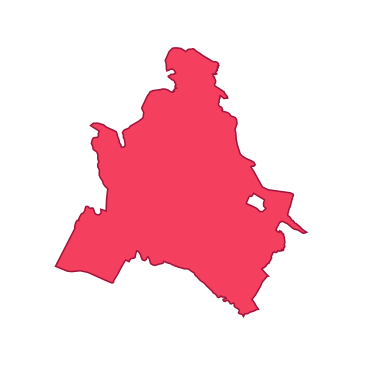 outline of Kailo, Maniema, Democratic Republic of the Congo, rotated 297°
{"feature_id": "63176286B17504702690240", "entity_name": "Kailo", "entity_type": "district", "adm_level": 2, "iso_a3": "COD", "parent_name": "Democratic Republic of the Congo", "parent_adm1": "Maniema", "projection": "equal_earth", "projection_center": [25.788, -2.56], "detail": "fine", "context": "isolated", "style": "filled", "palette": "rose", "viewbox_px": 384, "rotation_deg": 297, "n_neighbors": 0, "source": "geoboundaries", "source_scale": "gbopen_adm2", "svg_char_len": 6109}
<svg xmlns="http://www.w3.org/2000/svg" viewBox="0 0 384 384"><g transform="rotate(297 192 192)"><path d="M319.3,132.1L320.2,129.3L320.2,128.6L320.1,127.8L319.1,126.7L317.8,124.4L316.9,123.6L314.4,122.7L314.9,117.0L313.5,113.1L312.5,111.1L311.3,109.4L306.8,107.9L297.1,108.4L294.8,110.6L289.8,113.5L288.5,114.7L291.1,116.8L292.1,117.8L292.5,118.5L292.4,120.7L291.0,123.2L290.3,123.4L289.7,122.6L288.6,122.3L287.3,119.9L286.9,119.6L286.0,119.5L284.5,118.3L284.0,118.4L283.7,119.2L283.4,121.5L282.9,123.1L283.2,124.6L283.1,125.1L282.6,126.1L281.7,127.0L281.5,127.8L280.9,128.1L279.6,129.3L278.6,128.8L278.2,128.9L277.7,129.3L277.5,130.9L276.8,130.3L276.2,130.2L275.7,129.6L274.1,130.0L274.0,129.4L273.7,129.4L273.4,130.2L272.8,129.4L272.2,129.6L271.8,129.2L271.7,127.0L272.0,124.1L271.5,121.2L270.0,118.4L269.2,117.8L264.4,110.9L261.9,109.1L259.6,109.1L258.2,108.7L256.1,108.6L244.6,109.0L243.4,109.5L241.0,112.8L236.2,114.6L234.9,114.3L230.6,112.2L222.7,107.1L220.3,106.7L218.1,104.9L217.0,103.7L213.5,103.0L211.4,105.1L209.5,106.0L209.1,106.3L208.7,107.4L204.4,110.7L202.4,111.3L201.4,110.9L200.3,109.7L200.2,108.1L201.0,107.8L201.9,107.1L202.3,106.2L203.1,104.9L205.4,103.2L208.0,100.2L209.2,99.5L211.3,97.0L211.3,93.9L210.9,86.2L211.7,82.8L210.9,78.0L210.2,75.9L209.3,74.6L208.8,73.3L208.3,72.8L206.4,72.0L205.9,71.7L205.1,71.5L204.1,81.7L201.8,81.8L199.3,83.2L198.1,83.1L197.8,82.9L196.1,80.3L195.4,79.6L194.8,79.4L192.7,79.5L191.3,80.0L190.2,80.0L189.4,80.4L187.8,82.6L185.4,84.4L185.0,85.0L184.6,88.1L184.3,89.1L183.0,90.7L181.1,91.9L179.3,92.7L178.1,93.6L176.8,95.2L173.5,95.5L172.6,96.2L171.8,96.4L169.7,99.3L169.3,99.7L167.4,100.3L166.5,101.1L165.5,101.3L165.0,101.6L162.9,104.1L161.9,106.1L160.6,107.9L159.5,108.7L158.6,110.1L157.5,112.2L156.7,115.4L146.2,119.4L136.1,124.1L135.2,118.6L132.9,120.1L131.6,120.4L129.9,119.7L128.9,118.8L128.8,117.5L128.5,116.5L129.2,114.9L131.9,112.1L132.6,111.3L132.4,110.1L131.4,109.2L131.2,108.5L131.8,105.9L131.2,104.4L130.3,104.0L127.1,104.8L124.2,104.8L122.4,103.4L118.8,103.2L116.7,103.3L115.3,104.1L114.6,102.5L111.8,102.3L107.9,103.2L107.2,103.5L106.6,104.2L63.8,104.1L64.9,116.9L66.4,120.9L71.1,128.2L73.1,135.8L74.1,156.0L74.6,162.1L75.9,163.1L77.5,162.5L84.8,163.1L94.2,163.2L100.7,163.6L101.3,163.9L101.3,167.5L104.6,167.6L106.7,170.3L107.8,171.0L112.0,169.8L114.5,169.6L114.6,171.5L112.8,174.5L109.6,177.6L109.0,178.8L109.3,180.9L111.1,181.9L113.3,181.7L114.3,182.4L112.9,184.4L109.5,187.6L109.2,189.9L109.8,192.4L113.1,195.7L114.3,197.4L115.7,198.5L117.4,198.3L117.8,202.9L118.4,205.1L118.2,206.9L118.5,208.6L118.3,210.4L118.9,212.9L118.8,213.7L119.8,218.0L120.0,219.8L121.5,222.7L121.7,224.6L121.2,226.6L120.9,230.2L120.6,231.1L119.7,232.0L119.0,233.2L118.8,234.8L117.2,238.8L116.8,240.3L116.4,244.2L114.8,248.2L113.9,251.5L112.8,254.9L111.8,256.6L111.7,258.8L110.9,261.2L110.1,262.1L109.9,262.6L109.9,263.4L110.4,264.0L111.2,264.6L112.6,265.0L112.2,266.0L112.1,266.5L113.2,268.9L113.2,270.2L112.9,270.7L112.5,270.7L111.1,268.9L110.6,268.5L110.1,268.5L109.5,269.4L109.2,270.1L109.3,270.7L109.6,271.2L110.7,271.8L111.2,272.3L111.4,272.9L111.4,273.9L111.1,274.9L110.0,276.6L109.9,277.2L110.1,277.7L111.7,279.2L111.7,279.9L111.3,280.5L109.9,281.1L109.1,282.1L108.9,283.7L108.9,285.3L108.7,287.0L108.5,287.6L107.9,288.1L105.6,288.2L105.3,288.5L105.1,289.5L105.7,291.9L105.4,292.8L104.4,294.4L107.1,294.3L108.2,295.6L109.0,297.0L111.0,298.0L113.2,300.4L115.1,302.0L116.3,302.7L117.7,304.5L119.2,301.4L121.2,298.6L122.8,295.8L123.3,294.2L129.4,295.3L138.7,295.8L143.6,295.5L149.5,296.9L150.5,296.8L151.6,298.3L154.2,291.3L155.1,289.2L155.7,289.6L156.8,289.7L156.8,290.2L157.3,290.6L158.3,290.9L159.4,291.5L161.1,291.6L163.0,292.2L163.8,293.0L165.6,292.7L167.1,293.0L169.0,292.7L169.5,292.9L170.2,292.2L170.9,291.8L173.5,291.9L174.3,291.3L174.6,291.5L174.8,291.9L175.7,292.3L176.1,294.1L176.5,294.7L177.4,294.8L177.7,295.3L178.4,295.1L178.8,295.5L179.0,296.0L178.9,296.6L179.6,297.5L179.8,298.1L180.2,298.3L180.7,298.0L181.8,298.2L181.8,298.5L180.9,299.0L181.0,299.6L181.7,299.9L182.9,299.7L183.9,299.0L184.4,299.1L185.2,299.6L186.7,298.6L187.1,298.1L189.2,297.7L194.3,294.2L194.7,293.2L195.0,292.9L195.9,292.9L196.4,291.5L196.2,290.1L196.4,289.9L197.2,289.8L197.4,289.5L197.1,287.6L196.0,287.9L195.4,287.7L195.7,286.7L195.5,285.6L196.2,284.7L196.2,283.9L203.2,283.9L204.8,284.0L206.9,285.8L207.0,291.5L205.5,298.0L205.4,300.1L206.2,303.7L205.7,309.8L207.0,311.5L208.2,312.5L208.7,307.9L210.2,303.2L211.1,299.3L211.1,298.1L210.9,297.6L212.3,295.5L212.3,294.9L212.1,294.5L212.7,292.9L213.9,291.2L214.3,289.7L214.5,288.1L216.0,287.3L221.6,286.1L223.6,286.1L232.1,284.2L235.4,283.7L235.9,283.2L235.9,280.0L228.6,259.0L228.4,252.5L238.0,238.3L241.0,233.1L242.2,233.7L242.5,234.1L242.5,234.5L243.2,234.9L243.2,235.4L244.2,235.9L245.1,235.8L246.5,233.8L246.8,231.1L246.4,225.1L246.8,220.6L247.7,217.8L254.9,210.7L259.1,207.4L264.2,204.4L267.4,201.9L273.3,201.1L276.8,198.8L277.9,196.9L277.9,195.4L277.4,192.4L277.6,191.7L278.2,190.8L278.7,189.6L278.9,188.0L278.8,186.8L278.6,185.6L277.9,183.5L278.1,182.0L278.2,181.6L279.2,181.9L279.5,181.3L280.5,180.6L280.9,179.7L281.0,179.2L280.7,178.1L280.9,177.2L282.1,175.8L282.9,175.3L284.0,175.5L286.3,174.4L287.4,174.2L287.9,174.4L288.2,174.0L289.0,174.0L289.5,173.4L290.6,173.3L290.7,173.7L290.5,175.0L289.8,177.9L290.0,178.6L290.7,179.2L291.8,181.2L293.1,180.2L294.5,176.7L295.8,175.1L296.7,167.0L296.7,166.1L296.9,164.3L297.2,163.9L298.3,163.2L299.9,163.3L301.7,162.7L302.8,161.5L303.7,160.2L304.4,160.0L305.0,158.2L306.0,157.2L306.8,157.1L307.1,158.9L307.5,159.7L308.1,160.0L308.4,160.5L308.6,160.4L308.6,159.5L309.0,158.7L310.7,159.0L311.1,158.7L311.7,159.4L312.4,158.6L314.2,158.8L314.6,158.0L314.9,157.9L315.2,158.6L315.6,158.6L315.9,157.9L317.0,158.5L317.3,157.7L317.7,157.7L318.0,157.3L318.3,157.3L318.9,156.1L318.9,154.6L318.4,152.9L317.8,152.0L317.7,150.9L318.5,139.6L319.2,135.2L319.3,132.1ZM206.9,264.0L205.4,261.6L206.8,257.0L206.8,252.9L206.4,245.5L213.9,244.9L215.5,247.2L218.8,247.6L217.9,260.2L214.3,260.8L211.8,262.4L211.1,265.3L206.9,264.0Z" fill="#f43f5e" stroke="#9f1239" stroke-width="1.5"/></g></svg>